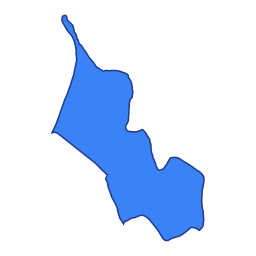 the district of Rashid, Al Buhayrah, Egypt
{"feature_id": "37247803B15072818430421", "entity_name": "Rashid", "entity_type": "district", "adm_level": 2, "iso_a3": "EGY", "parent_name": "Egypt", "parent_adm1": "Al Buhayrah", "projection": "robinson", "projection_center": [30.428, 31.379], "detail": "fine", "context": "isolated", "style": "filled", "palette": "blue", "viewbox_px": 256, "rotation_deg": 0, "n_neighbors": 0, "source": "geoboundaries", "source_scale": "gbopen_adm2", "svg_char_len": 4522}
<svg xmlns="http://www.w3.org/2000/svg" viewBox="0 0 256 256"><path d="M199.3,230.4L199.8,229.9L201.9,227.7L203.0,225.8L203.3,223.9L203.2,222.7L203.5,222.2L203.7,219.8L203.6,217.6L203.4,216.3L203.2,214.2L203.1,212.5L203.2,211.2L202.9,210.1L202.5,209.0L202.2,207.7L202.2,205.6L201.9,204.4L201.8,203.5L201.7,199.3L202.0,196.1L202.0,194.3L202.1,192.0L202.6,188.3L203.1,186.2L203.5,183.7L203.7,182.3L203.8,181.0L204.0,178.5L203.9,177.3L203.2,175.9L202.3,174.5L200.5,172.7L199.3,171.6L198.2,170.9L197.9,170.7L196.2,169.9L195.1,168.8L190.9,165.8L189.8,165.2L189.4,164.9L186.4,163.0L183.5,161.3L180.9,159.6L178.9,158.3L177.8,157.8L176.6,157.5L174.3,157.4L171.3,157.7L170.2,158.1L169.7,158.9L168.5,160.9L167.5,162.8L166.7,164.4L165.9,165.1L164.9,167.1L163.5,168.5L162.2,169.5L160.8,170.0L160.0,170.1L158.8,170.1L158.1,169.5L157.4,168.4L157.0,167.7L156.0,165.8L156.0,165.0L155.2,162.8L154.8,161.8L153.9,159.3L153.9,159.2L153.6,158.8L153.1,158.3L152.9,157.9L152.9,157.5L152.9,156.7L152.7,155.5L152.1,154.2L151.7,153.0L151.0,149.4L151.0,145.9L150.8,144.0L150.1,142.7L149.9,141.0L149.6,139.4L148.8,138.0L147.7,136.3L145.8,133.1L143.8,130.7L142.5,129.5L142.2,129.6L141.2,129.9L140.3,130.5L138.8,131.1L136.1,131.8L133.9,131.9L131.3,131.7L129.1,131.4L127.6,131.0L127.1,130.6L126.6,129.9L126.2,129.2L125.8,128.3L125.7,127.4L125.6,126.4L125.9,125.6L126.9,123.8L127.9,121.9L128.4,120.5L128.4,118.6L128.7,115.4L128.9,111.6L129.0,109.1L129.3,105.8L129.2,103.5L129.8,101.6L130.0,100.0L130.3,99.1L131.9,97.9L132.3,96.2L132.7,93.2L132.7,90.5L132.3,89.5L132.0,88.3L132.3,87.6L132.2,86.6L131.9,85.2L131.8,84.3L131.6,83.4L130.5,80.5L129.1,78.3L128.3,77.1L128.3,76.2L128.2,75.4L127.4,74.3L125.6,73.4L125.2,73.2L120.9,71.6L117.7,70.8L114.4,70.5L112.8,70.5L111.1,70.5L109.9,70.8L106.5,70.4L104.0,71.0L103.0,71.0L102.0,70.5L99.3,68.7L97.2,67.3L96.5,66.9L95.9,66.1L95.3,65.4L95.0,64.8L94.4,63.8L93.5,62.5L91.3,59.9L89.1,57.5L85.0,50.8L83.0,48.4L83.0,48.1L82.1,46.5L80.4,44.5L79.5,44.4L78.7,42.0L77.9,39.7L76.8,38.3L76.8,37.3L76.7,36.8L75.9,34.2L74.5,32.3L74.3,31.4L73.5,28.1L72.8,25.5L70.9,23.4L69.2,22.0L68.1,20.9L67.7,20.6L67.5,20.0L67.0,19.1L66.9,17.8L66.6,16.4L66.0,15.8L65.6,15.4L64.7,15.4L62.7,16.1L62.1,17.6L62.0,18.4L61.9,19.1L62.0,21.1L63.5,23.8L64.0,24.7L65.8,27.9L66.2,28.6L67.3,30.4L69.1,32.6L71.0,34.8L72.2,36.7L72.6,37.2L74.2,41.3L74.4,41.8L75.0,43.9L75.4,45.8L75.6,46.8L76.2,50.6L76.1,53.8L76.7,59.9L76.2,62.4L75.8,64.8L74.6,69.8L74.3,72.0L73.8,74.5L72.4,78.6L71.5,81.4L70.9,83.5L70.0,86.4L68.9,89.2L68.5,90.4L68.3,91.2L66.9,94.8L65.6,98.0L64.6,100.0L63.8,102.5L62.9,105.0L62.3,106.7L61.6,108.6L61.0,110.4L60.2,112.5L59.9,113.7L59.3,115.5L58.6,117.1L57.9,119.2L57.1,121.5L55.5,125.3L54.7,126.9L53.7,129.2L52.0,132.8L53.3,132.5L54.5,132.2L56.0,132.7L57.2,133.1L57.7,133.3L58.0,133.5L58.7,134.1L66.9,140.6L90.6,159.4L92.6,161.0L94.1,162.2L95.9,163.6L96.0,163.8L99.5,167.3L100.6,168.5L102.3,170.2L104.1,171.9L105.2,172.9L106.4,174.0L107.4,175.0L106.1,177.8L105.6,178.9L107.1,181.8L107.3,182.3L107.4,182.6L107.7,184.2L107.9,185.5L108.1,186.6L108.2,187.0L108.3,187.5L109.1,189.6L109.8,191.3L110.5,193.2L110.7,193.8L111.2,195.6L111.7,197.0L111.9,197.6L112.8,198.9L112.9,199.2L113.8,201.0L114.1,201.4L115.0,202.9L115.2,203.4L116.1,205.0L116.2,205.6L117.4,208.4L117.5,210.2L117.6,210.5L118.1,212.5L119.0,215.4L119.5,217.2L119.8,218.2L120.1,218.5L120.9,219.9L121.2,220.3L121.8,221.2L122.2,221.8L122.6,222.4L123.0,222.9L123.2,223.2L123.6,223.9L123.9,223.1L124.4,222.3L124.8,221.5L126.8,220.9L128.7,219.7L129.7,219.1L131.8,218.0L132.1,218.0L133.2,217.7L134.2,217.8L136.3,217.0L138.8,215.9L140.5,215.5L141.8,215.3L142.1,215.3L143.7,215.5L145.0,216.2L145.3,216.4L145.6,216.6L146.2,217.0L146.7,217.1L146.9,217.2L147.3,217.6L148.2,218.4L148.4,218.7L149.1,219.4L150.1,220.3L150.3,220.7L151.9,222.7L153.3,224.4L154.5,225.9L155.7,227.4L156.5,228.5L157.1,229.3L158.0,230.3L158.5,231.3L158.8,231.7L159.1,232.1L159.7,233.1L160.3,234.1L160.7,234.9L161.2,235.7L161.8,236.7L162.3,237.6L162.8,238.5L163.9,239.3L164.8,240.3L167.6,240.6L167.8,240.6L168.6,240.2L169.4,239.7L169.6,239.6L170.0,239.3L170.4,239.1L171.1,238.6L171.8,238.4L172.1,238.3L173.9,237.7L174.8,237.4L175.7,237.1L176.7,236.8L177.2,236.7L178.3,236.4L179.2,236.2L179.5,236.0L180.3,235.6L181.3,235.0L181.7,234.8L183.3,233.7L184.9,232.6L185.6,232.0L186.3,231.4L187.4,230.6L188.6,229.4L189.8,228.5L191.0,227.6L191.5,227.5L191.9,227.3L192.7,227.6L193.4,227.6L193.9,227.6L194.2,227.7L194.8,227.8L195.1,227.9L196.4,228.6L196.6,228.4L199.3,230.4Z" fill="#3b82f6" stroke="#1e3a8a" stroke-width="1.5"/></svg>